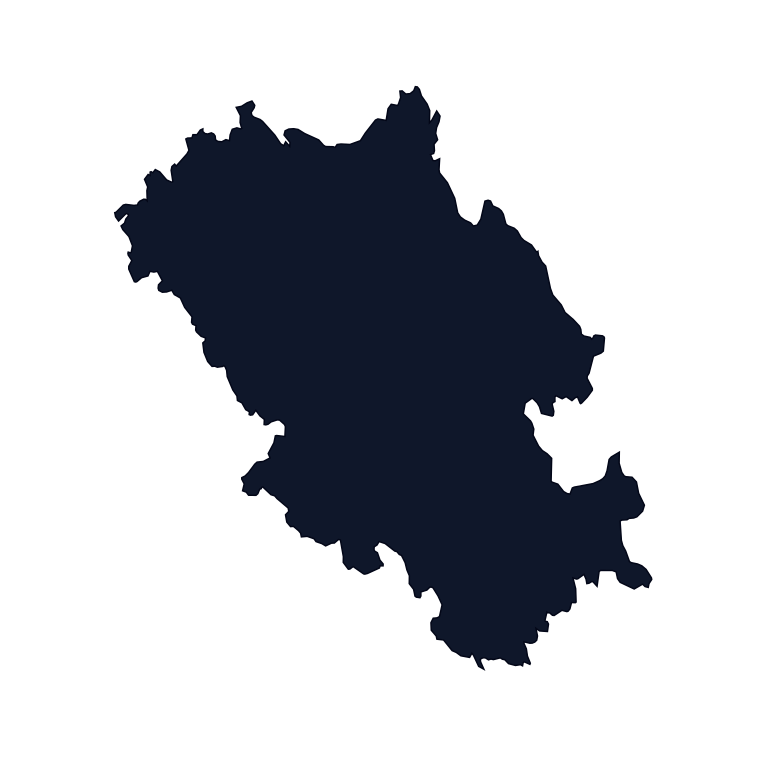 Nordrhein-Westfalen, Natural Earth projection, rotated 80°
{"feature_id": "DEU-1572", "entity_name": "Nordrhein-Westfalen", "entity_type": "State", "adm_level": 1, "iso_a3": "DEU", "parent_name": "Germany", "parent_adm1": "", "projection": "natural_earth1", "projection_center": [7.941, 51.424], "detail": "fine", "context": "isolated", "style": "filled", "palette": "ink", "viewbox_px": 768, "rotation_deg": 80, "n_neighbors": 0, "source": "natural_earth", "source_scale": "10m", "svg_char_len": 6156}
<svg xmlns="http://www.w3.org/2000/svg" viewBox="0 0 768 768"><g transform="rotate(80 384 384)"><path d="M237.6,237.0L247.4,236.2L249.5,234.7L253.2,228.7L256.5,226.1L263.6,223.6L266.9,221.3L272.7,214.6L280.1,211.1L280.5,210.0L280.1,209.4L284.5,209.5L291.4,207.2L295.9,204.3L318.8,203.5L325.7,202.3L336.9,195.7L345.0,193.3L353.4,186.4L361.1,181.4L364.4,180.7L369.1,181.0L371.5,178.7L373.9,172.8L375.9,171.7L374.5,169.7L373.2,169.2L372.5,167.3L374.5,160.5L375.7,159.2L377.0,158.9L389.7,162.3L391.2,164.9L393.0,172.9L409.0,180.2L411.4,182.4L413.6,183.0L424.5,179.6L426.3,179.9L432.3,186.2L437.0,192.6L437.5,193.7L436.9,194.2L430.2,195.7L430.8,198.2L433.0,201.8L428.0,206.8L429.5,211.1L425.4,216.6L426.6,218.0L431.0,218.7L431.7,221.0L433.2,221.9L440.4,221.5L444.2,222.7L444.8,224.0L440.3,234.0L433.2,234.9L429.0,236.5L424.2,239.9L423.9,241.1L427.4,248.3L437.6,252.0L445.8,246.1L448.3,245.2L454.4,244.3L460.3,246.1L472.1,242.5L477.1,239.6L481.0,235.5L486.3,231.8L508.6,236.3L509.8,235.6L512.8,230.2L521.1,225.8L523.7,222.7L524.7,219.9L519.1,216.6L518.6,214.6L518.4,195.4L516.6,188.2L515.2,184.9L513.0,182.1L508.2,179.4L497.4,175.4L495.3,172.8L492.0,164.1L502.8,166.2L512.3,165.2L516.3,163.4L517.3,161.9L518.9,155.9L524.3,152.4L535.9,152.2L548.6,148.6L554.1,151.4L558.7,158.0L559.3,161.3L558.9,166.0L559.9,168.2L559.3,173.5L560.0,175.3L579.2,177.4L584.6,176.9L590.4,175.0L601.5,173.1L602.9,171.5L605.3,165.5L607.8,161.7L612.1,158.1L621.3,154.3L623.0,154.3L626.6,157.7L630.2,159.1L628.8,162.1L626.0,164.1L629.3,173.2L620.3,185.9L616.2,187.8L609.3,188.0L607.3,191.5L605.2,203.1L605.9,204.7L620.2,209.3L615.1,212.5L614.6,213.6L615.8,216.7L615.8,218.9L611.4,218.9L606.2,220.1L609.5,227.0L609.5,228.4L607.7,231.6L618.9,230.8L632.1,232.7L632.6,233.4L631.8,237.3L637.8,240.0L639.7,242.1L639.9,243.4L637.8,248.1L641.5,256.6L641.0,258.3L638.0,260.7L637.8,262.4L636.9,263.2L645.0,266.6L645.7,266.3L646.4,264.5L649.0,263.7L656.1,266.0L654.2,273.6L651.0,276.8L658.8,276.6L662.8,278.1L664.3,280.3L664.9,283.0L664.6,285.4L662.2,290.9L663.9,291.2L669.5,289.8L676.9,290.0L684.4,288.4L685.4,289.0L681.9,294.2L682.6,295.4L685.6,296.5L684.1,298.4L684.0,303.4L681.0,309.9L676.5,312.9L675.6,315.2L673.9,317.0L674.4,324.1L673.4,326.5L673.8,329.0L671.3,331.7L670.9,333.6L671.1,335.5L672.0,337.0L674.5,337.1L682.2,335.2L678.5,339.8L666.6,343.0L664.4,344.2L668.1,347.2L665.0,355.5L660.9,359.4L658.4,363.2L646.4,369.8L644.5,376.2L641.3,376.3L634.7,380.2L627.2,379.2L623.2,376.2L623.5,372.7L623.1,370.6L622.1,369.5L611.5,365.1L602.0,367.6L593.3,371.1L592.4,372.1L592.0,374.1L594.4,377.6L595.2,383.8L599.2,384.5L600.7,385.7L599.5,389.2L598.3,390.3L591.3,390.5L585.0,393.8L577.2,392.3L571.1,393.7L563.6,394.2L555.9,396.5L554.5,398.6L551.3,400.4L550.4,402.4L541.3,410.6L538.3,416.2L541.4,418.9L542.6,421.9L545.2,422.6L547.0,422.2L549.0,419.8L556.7,418.6L561.1,416.1L562.9,416.5L562.4,419.4L564.4,420.5L567.7,433.2L567.9,435.9L567.5,437.0L558.4,446.1L560.3,449.7L560.2,451.3L552.6,455.1L547.0,454.0L529.9,454.0L529.2,455.8L532.0,460.5L531.6,463.3L533.3,469.6L530.4,472.9L527.4,478.3L524.2,479.8L520.7,486.1L520.2,491.9L516.4,492.0L513.6,493.6L508.5,497.9L508.2,500.8L503.1,503.7L495.7,503.7L492.9,499.9L489.5,499.9L478.3,509.2L475.1,511.1L473.4,514.5L464.4,521.2L464.4,522.2L465.8,523.2L466.0,524.7L470.1,527.3L471.4,529.4L470.0,536.7L466.6,538.4L464.6,541.8L458.1,539.0L452.9,540.6L451.5,540.3L450.5,536.8L447.7,532.8L440.6,525.3L438.9,522.6L439.3,516.3L437.0,509.0L432.4,510.1L422.8,502.6L416.2,500.0L416.1,498.7L418.5,490.7L408.8,488.5L406.6,489.0L401.4,493.1L400.8,495.5L401.7,501.8L403.5,505.2L403.7,507.5L403.1,509.1L398.1,508.0L393.9,511.7L387.6,514.8L391.5,518.7L391.5,520.9L390.7,522.1L387.9,521.4L385.3,524.6L377.9,527.2L374.8,531.2L370.2,530.9L363.6,533.9L349.5,537.1L343.2,536.6L339.1,537.6L338.0,538.6L338.7,539.7L338.5,545.2L337.1,547.5L336.8,550.3L331.3,553.7L321.6,555.8L312.1,555.3L310.4,552.6L307.6,551.8L305.3,555.8L300.1,559.6L298.2,560.1L293.9,559.0L291.8,562.2L289.8,562.8L284.5,561.4L273.9,567.0L263.9,569.6L259.5,575.0L254.8,576.7L255.6,582.1L255.1,586.4L252.7,589.5L250.4,589.8L247.1,588.8L243.9,584.3L233.7,587.6L233.8,591.2L232.4,594.9L236.6,597.7L237.2,604.3L240.2,609.4L240.5,610.7L239.9,612.1L226.5,615.4L223.7,614.9L218.6,610.9L212.6,613.5L210.8,613.5L209.7,613.0L210.8,610.9L210.4,610.1L204.2,607.7L194.5,609.6L186.6,614.4L182.7,615.5L180.5,611.6L176.7,609.6L174.1,606.6L172.6,606.4L171.5,607.7L171.6,608.8L177.4,617.1L172.7,619.3L168.5,619.4L168.3,618.0L162.5,609.7L162.3,607.1L164.7,599.2L164.9,595.6L163.1,594.7L161.6,592.8L160.3,588.6L160.7,586.9L162.6,585.4L152.3,583.9L148.9,582.5L140.8,584.3L136.7,579.9L138.0,578.1L134.7,577.5L134.5,576.5L135.8,574.9L133.1,572.0L136.2,568.0L145.3,562.6L148.4,558.1L148.0,556.8L136.5,556.5L133.0,555.1L131.1,552.0L133.3,550.8L123.2,538.1L120.0,535.5L108.3,536.6L107.7,534.8L108.3,530.4L105.3,528.9L106.0,524.9L102.0,520.8L101.3,518.1L103.9,518.6L106.3,516.8L107.2,514.2L106.7,510.4L108.2,508.3L110.5,507.2L114.3,507.5L116.2,505.6L117.3,501.7L115.9,497.3L117.5,493.9L112.0,492.3L106.8,489.2L106.2,484.4L107.9,480.8L107.6,479.7L101.5,480.3L94.8,478.8L85.9,481.5L85.8,476.1L83.3,469.9L82.4,464.9L87.1,462.9L89.4,463.9L93.6,467.7L96.7,467.4L98.7,465.6L102.0,460.1L104.3,458.0L119.9,448.3L129.4,444.1L131.9,441.4L128.4,438.8L133.6,435.6L129.8,434.6L121.4,439.2L117.5,437.4L116.4,433.5L116.9,428.7L118.4,424.4L123.6,418.6L132.3,405.9L138.4,402.1L140.0,400.3L141.5,392.9L142.5,391.0L140.0,388.6L140.2,384.7L142.2,375.9L140.3,365.0L133.6,358.8L122.6,346.6L121.9,344.0L124.8,336.1L113.6,332.2L109.8,328.3L112.1,322.2L110.4,320.9L104.8,317.9L98.3,317.5L98.5,315.2L102.2,312.2L102.6,307.9L100.4,303.8L96.6,301.5L97.2,299.6L100.0,298.0L106.8,297.1L115.9,292.9L122.7,291.5L134.7,293.9L132.5,291.1L124.3,284.7L129.9,282.3L135.3,284.3L140.6,287.7L146.2,289.6L152.8,288.8L156.6,293.1L163.0,293.8L165.6,295.1L166.1,298.4L172.4,297.0L173.1,294.9L171.8,290.1L182.4,292.6L185.8,292.6L196.8,286.6L213.4,282.1L228.2,281.7L232.7,279.8L236.6,276.1L240.4,270.7L243.9,268.6L243.7,264.6L238.5,260.0L221.4,252.8L221.1,249.6L222.3,247.3L227.5,245.9L231.1,240.6L234.0,238.3L237.6,237.0Z" fill="#0f172a" stroke="#020617" stroke-width="1.5"/></g></svg>